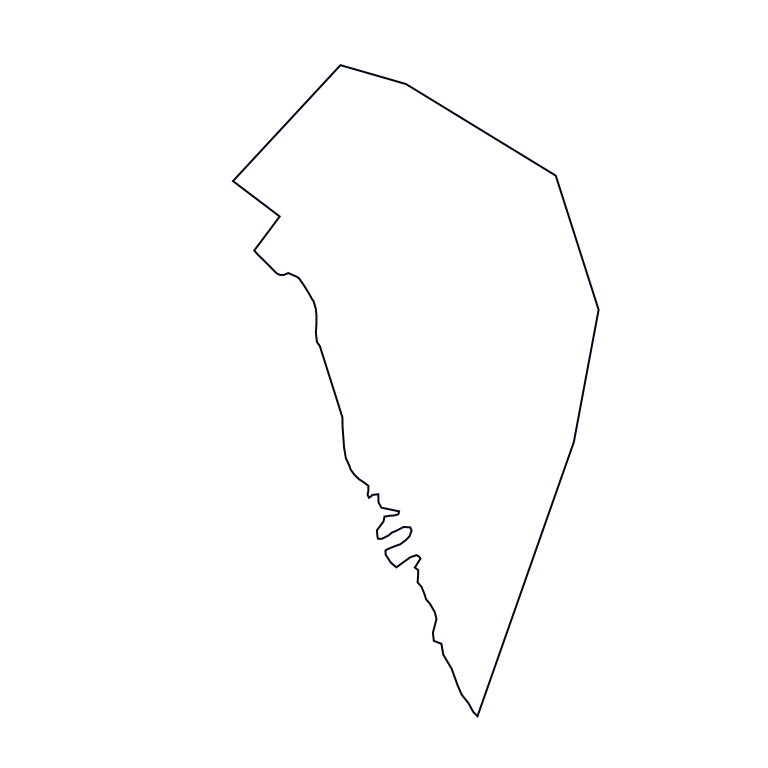 the district of Zemam Out, Qina, Egypt, rotated 285°
{"feature_id": "37247803B68668933434677", "entity_name": "Zemam Out", "entity_type": "district", "adm_level": 2, "iso_a3": "EGY", "parent_name": "Egypt", "parent_adm1": "Qina", "projection": "robinson", "projection_center": [32.613, 25.633], "detail": "fine", "context": "isolated", "style": "outline", "palette": "ink", "viewbox_px": 768, "rotation_deg": 285, "n_neighbors": 0, "source": "geoboundaries", "source_scale": "gbopen_adm2", "svg_char_len": 1518}
<svg xmlns="http://www.w3.org/2000/svg" viewBox="0 0 768 768"><g transform="rotate(285 384 384)"><path d="M407.3,308.3L403.9,312.3L362.0,339.1L340.9,352.5L332.1,355.0L312.0,362.0L302.4,366.4L296.4,371.5L293.0,373.7L292.1,374.7L288.8,378.7L285.5,384.6L284.0,389.4L281.6,395.3L276.4,396.6L272.8,396.8L271.9,397.5L270.2,398.9L272.1,400.6L273.9,401.5L276.0,407.0L268.1,409.4L263.9,413.5L264.5,424.9L264.9,431.5L262.2,431.6L261.3,430.8L259.3,427.1L258.2,423.4L257.2,421.5L256.1,418.8L250.8,419.1L249.0,418.3L240.8,415.0L239.0,415.7L234.6,417.3L232.9,418.4L234.0,422.1L238.8,427.5L242.5,430.1L245.3,433.7L251.0,440.0L252.3,446.5L249.7,448.6L247.4,448.4L243.5,448.1L238.8,445.5L233.3,441.1L230.3,436.6L225.5,430.3L223.6,428.5L221.3,429.2L220.7,429.4L219.5,429.8L214.1,435.9L213.3,436.7L212.7,437.9L210.1,443.4L223.3,454.1L227.1,459.6L226.4,462.5L224.7,464.5L222.6,463.8L214.7,461.3L214.3,462.3L213.1,465.2L207.9,466.5L201.1,467.8L197.8,472.8L191.6,477.4L186.9,480.4L183.5,485.4L176.9,492.0L170.7,495.5L163.1,495.6L156.4,495.6L148.8,498.6L147.9,506.7L137.9,511.3L126.5,523.0L111.3,533.6L103.8,539.7L97.6,548.2L90.4,555.0L87.4,560.1L87.3,560.3L377.0,582.4L511.2,572.1L629.7,496.0L679.4,327.6L680.7,259.4L540.9,185.6L518.8,239.9L479.3,224.1L476.2,228.9L472.9,234.8L463.2,251.5L462.4,255.4L463.5,259.2L466.4,262.8L465.1,271.4L464.3,274.3L459.3,280.3L451.7,288.4L447.5,292.4L445.8,294.5L438.9,298.7L432.8,301.0L424.4,303.2L423.1,303.5L416.0,304.9L407.3,308.3L407.3,308.3Z" fill="none" stroke="#020617" stroke-width="2"/></g></svg>